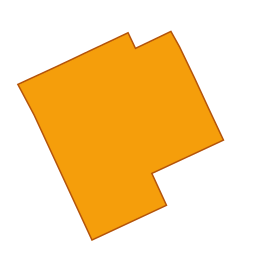 Meeker, Minnesota, United States of America (Robinson projection), rotated 335°
{"feature_id": "52423323B82723700819743", "entity_name": "Meeker", "entity_type": "district", "adm_level": 2, "iso_a3": "USA", "parent_name": "United States of America", "parent_adm1": "Minnesota", "projection": "robinson", "projection_center": [-94.489, 45.109], "detail": "fine", "context": "isolated", "style": "filled", "palette": "amber", "viewbox_px": 256, "rotation_deg": 335, "n_neighbors": 0, "source": "geoboundaries", "source_scale": "gbopen_adm2", "svg_char_len": 349}
<svg xmlns="http://www.w3.org/2000/svg" viewBox="0 0 256 256"><g transform="rotate(335 128 128)"><path d="M48.0,214.3L130.2,214.3L130.4,179.2L209.4,179.3L209.3,144.8L209.4,110.6L209.0,76.3L207.7,58.6L168.4,59.0L168.3,41.7L119.6,41.9L112.7,42.0L86.1,42.1L46.6,41.9L48.4,76.4L48.0,214.3Z" fill="#f59e0b" stroke="#b45309" stroke-width="1.5"/></g></svg>